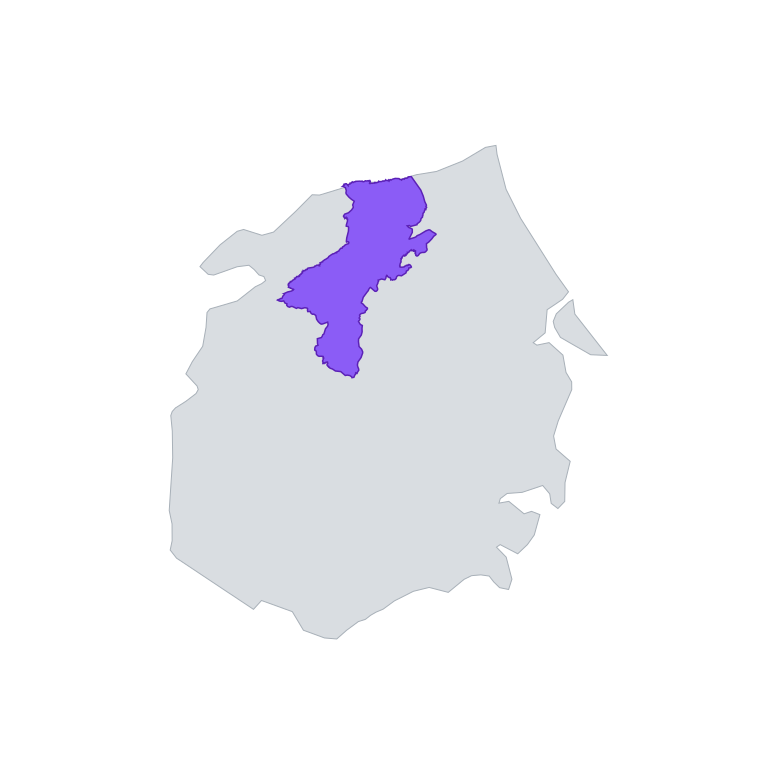 Kenema, Eastern, Sierra Leone shown in context, rotated 214°
{"feature_id": "65957751B6503620183485", "entity_name": "Kenema", "entity_type": "district", "adm_level": 2, "iso_a3": "SLE", "parent_name": "Sierra Leone", "parent_adm1": "Eastern", "projection": "natural_earth1", "projection_center": [-11.159, 7.947], "detail": "fine", "context": "in_parent", "style": "filled", "palette": "violet", "viewbox_px": 768, "rotation_deg": 214, "n_neighbors": 0, "source": "geoboundaries", "source_scale": "gbopen_adm2", "svg_char_len": 7746}
<svg xmlns="http://www.w3.org/2000/svg" viewBox="0 0 768 768"><g transform="rotate(214 384 384)"><path d="M602.2,378.4L601.9,383.6L597.7,407.8L591.1,428.5L586.8,433.6L568.4,439.0L560.5,448.2L553.8,477.6L549.4,500.7L543.1,504.6L516.0,538.0L498.2,550.6L485.9,561.5L474.1,575.7L459.4,589.5L443.6,612.7L432.2,636.9L424.6,644.4L418.7,637.6L391.7,613.7L363.3,597.7L302.7,571.1L282.6,563.6L283.3,554.1L290.3,536.8L279.0,516.5L283.4,501.7L279.0,501.7L270.3,510.6L251.8,508.0L239.6,495.4L229.6,490.7L225.2,484.3L218.9,450.8L214.3,435.7L205.0,426.3L186.4,424.0L178.8,403.5L168.5,387.7L170.2,378.0L178.6,378.5L185.2,385.6L195.7,388.6L208.9,371.4L220.7,362.1L223.5,354.0L222.1,349.5L214.9,356.5L195.3,354.7L190.5,360.9L181.7,362.9L175.0,342.9L175.3,331.0L178.2,318.0L197.9,315.8L199.5,311.6L185.9,308.8L168.8,293.7L165.8,283.3L174.3,279.8L182.4,281.3L189.4,283.6L197.0,279.9L204.2,274.1L208.4,266.8L214.2,247.2L232.8,240.6L243.7,228.6L254.1,210.0L258.8,196.9L263.1,190.3L265.8,184.7L267.8,178.5L272.4,172.7L277.3,158.9L280.6,146.2L291.3,140.2L313.1,134.8L332.7,144.0L364.5,136.0L366.2,124.2L395.3,124.0L429.8,123.8L458.6,123.6L468.4,126.8L472.0,135.6L481.5,149.5L491.3,159.0L503.6,180.1L517.8,204.5L533.2,226.6L543.1,238.6L544.2,242.8L543.5,247.6L538.6,258.8L534.5,271.0L534.9,275.5L537.8,277.8L553.9,281.6L555.4,295.2L555.4,313.9L563.2,331.4L570.7,344.3L570.3,348.9L552.1,370.8L545.1,392.6L541.5,398.8L540.0,403.6L543.7,405.9L548.6,404.5L555.7,406.3L562.4,406.9L571.3,399.1L586.1,379.1L591.1,376.6L602.2,378.4ZM276.7,555.1L274.6,559.5L264.9,548.7L214.9,532.5L229.1,523.8L263.8,521.3L274.1,526.3L278.7,530.5L280.4,538.5L276.7,555.1Z" fill="#d9dde1" stroke="#a8b0b8" stroke-width="1"/><path d="M477.4,571.2L479.8,569.2L479.6,568.5L480.1,567.4L481.7,566.3L481.8,565.1L482.6,564.9L483.2,564.2L483.5,562.9L484.2,563.1L485.1,562.5L486.4,562.7L489.7,560.7L491.6,558.4L492.2,557.0L492.9,557.1L493.4,556.7L493.3,555.1L494.4,555.6L494.4,554.8L496.2,554.0L496.8,554.2L496.8,553.1L497.6,552.0L498.4,551.9L499.1,550.6L500.9,549.2L501.8,549.2L501.6,548.2L502.8,546.6L503.8,546.2L503.9,545.5L504.5,545.6L504.5,545.1L506.1,543.7L506.9,543.3L507.7,542.3L508.0,542.2L508.0,542.8L508.7,543.3L508.5,544.1L508.7,544.4L509.6,544.8L510.4,543.6L510.9,543.7L511.7,542.7L513.2,542.0L513.4,541.1L514.2,540.2L514.7,539.9L515.7,540.0L516.2,539.2L517.4,538.7L520.9,536.1L521.0,535.5L521.8,534.9L522.3,533.7L523.3,533.9L523.7,532.7L523.5,532.3L524.5,531.4L524.0,531.0L524.1,530.7L525.2,529.2L524.7,528.4L527.1,529.0L527.8,528.6L528.3,527.3L528.8,527.4L528.7,526.1L528.3,526.2L528.8,524.7L528.2,525.1L526.6,524.9L525.8,525.2L523.4,523.2L522.4,521.1L521.5,520.4L517.6,519.3L514.3,518.9L510.9,518.9L510.1,514.9L508.9,514.0L508.2,513.1L508.2,510.1L509.2,506.1L511.6,502.8L511.5,500.5L510.9,500.1L510.5,500.2L509.9,499.7L509.4,499.8L509.0,499.3L508.6,500.2L508.6,500.9L507.6,500.3L507.4,500.7L506.9,500.0L506.3,500.2L505.2,498.1L504.1,494.6L503.5,493.7L501.9,494.5L500.9,494.0L498.9,490.7L496.6,484.3L495.0,481.2L494.6,480.8L494.2,480.8L493.9,481.6L492.9,482.0L492.4,481.8L492.0,481.1L492.0,480.4L493.3,478.8L494.1,477.2L494.4,475.3L494.9,474.8L495.0,474.1L494.7,473.1L495.8,472.3L496.0,469.7L495.8,469.1L496.9,467.3L496.6,466.4L496.9,466.1L497.4,466.2L498.5,463.8L499.1,463.5L500.0,461.6L501.1,458.7L500.9,457.7L502.2,454.5L502.6,454.0L503.6,451.1L503.3,450.9L504.8,448.7L503.9,448.2L503.8,447.5L504.5,446.9L503.5,446.0L504.0,445.7L505.4,445.5L506.2,444.9L506.9,443.2L507.3,443.0L507.1,442.5L507.9,441.2L511.8,437.6L512.1,436.8L511.7,436.1L512.2,435.4L512.7,435.3L513.0,433.7L513.3,433.7L514.0,432.6L514.4,432.7L514.2,432.1L514.6,431.8L514.4,431.4L514.6,431.3L514.4,430.9L513.8,430.6L514.3,429.6L514.1,429.5L514.1,428.8L514.5,428.4L514.4,427.9L514.8,427.6L514.9,427.0L514.4,426.2L514.7,425.5L515.1,425.6L515.1,425.2L516.0,424.4L516.3,424.5L516.5,424.0L516.4,422.8L517.0,422.2L516.6,421.5L517.0,421.4L516.7,421.1L517.2,419.8L517.7,419.1L517.9,417.7L518.9,416.6L518.5,416.3L518.8,416.1L518.7,415.5L519.3,414.1L518.9,414.0L519.0,412.7L518.8,412.4L518.2,412.5L518.0,412.3L517.3,410.7L515.7,411.3L515.2,411.0L514.4,411.4L512.9,411.5L512.3,411.9L511.8,411.9L511.8,411.1L512.7,409.3L515.3,406.5L517.3,403.3L516.9,403.5L516.7,402.4L517.0,400.1L516.5,398.3L516.6,397.8L517.7,396.9L518.0,395.7L519.1,394.6L519.3,394.0L517.1,394.3L515.3,395.1L513.6,396.8L511.2,395.7L509.3,396.2L508.7,394.9L507.2,394.4L505.8,394.7L505.2,394.9L504.5,396.3L503.1,397.1L498.9,397.7L498.1,399.2L494.5,400.4L492.3,403.0L490.2,403.9L489.5,403.8L488.6,402.2L487.7,401.4L485.7,402.9L484.7,402.1L483.6,401.8L482.4,401.8L481.2,402.7L478.9,402.7L476.1,400.0L473.4,398.9L471.3,398.5L469.6,398.5L468.5,399.4L465.3,403.8L463.7,402.2L463.1,400.4L463.4,397.1L461.8,391.9L462.3,390.6L461.9,389.0L461.9,387.5L464.6,384.3L461.7,380.3L460.4,379.2L461.8,377.3L461.7,375.7L460.7,373.8L460.4,373.4L459.8,373.3L459.3,373.6L458.1,372.9L456.8,371.0L455.0,370.4L453.4,370.6L451.3,372.1L449.9,372.8L448.9,372.1L449.1,371.5L448.4,371.5L447.8,368.7L446.8,368.0L446.3,367.1L446.0,367.8L445.7,367.8L445.3,367.3L445.1,367.4L445.1,368.4L444.3,368.7L444.3,369.6L443.1,370.6L442.0,369.4L442.3,368.9L441.9,367.9L440.3,367.3L439.9,367.6L439.1,367.0L438.6,367.3L438.2,367.0L437.3,367.0L435.1,367.6L431.6,367.6L426.8,370.1L420.9,369.4L419.5,370.8L417.1,371.9L414.9,371.9L414.1,371.3L412.7,372.7L413.2,375.2L412.9,377.1L413.7,377.2L413.7,377.6L412.3,377.8L412.6,378.9L412.6,381.3L413.4,382.3L415.5,383.7L416.7,384.9L417.9,387.6L417.8,393.1L419.0,397.7L419.6,398.7L422.0,400.3L425.6,401.1L428.9,404.9L430.3,407.2L430.2,411.9L431.3,415.0L433.4,417.9L434.7,420.4L436.2,420.2L437.7,420.4L440.2,421.7L440.0,423.8L440.4,424.6L441.5,424.8L441.7,426.7L442.8,427.4L442.7,428.7L442.0,430.0L440.8,431.1L439.7,432.7L440.3,434.1L439.8,435.2L440.0,435.6L439.7,437.0L440.3,437.7L442.4,437.6L446.4,438.6L448.1,438.5L448.6,439.3L448.4,440.2L449.7,444.3L449.4,451.4L449.2,452.7L449.6,453.6L449.5,456.1L449.2,456.5L443.4,455.8L442.4,456.4L442.0,457.4L442.0,458.6L442.7,459.6L445.0,461.3L445.5,464.4L446.0,465.0L445.9,466.0L446.4,466.6L446.9,466.8L444.7,469.7L441.6,470.9L441.6,472.6L442.4,474.5L442.5,475.6L442.0,475.7L441.6,474.9L440.3,475.2L439.1,475.1L438.4,475.6L437.7,475.3L436.6,474.1L436.1,474.8L435.0,474.9L434.7,475.6L433.4,476.5L433.0,477.4L433.2,477.8L433.0,478.6L433.5,479.9L433.3,481.3L432.5,482.3L430.0,483.5L427.9,488.4L428.6,490.2L427.8,491.4L427.7,492.9L428.3,494.0L426.9,495.4L426.7,496.3L427.4,496.8L429.0,497.3L430.2,497.0L430.2,496.4L430.6,496.2L430.4,495.9L430.8,495.3L431.9,494.9L432.0,494.0L432.8,493.1L432.8,492.3L434.5,490.8L435.8,490.1L436.5,490.0L436.8,491.0L437.3,491.1L438.0,493.2L438.1,494.8L438.8,495.3L439.5,497.2L440.0,497.3L439.9,497.9L439.5,498.3L439.6,498.9L440.0,499.1L439.7,501.6L438.6,501.5L438.0,502.4L438.5,502.9L437.8,503.2L438.3,504.2L437.7,504.6L437.5,505.2L438.2,506.2L437.7,506.3L437.1,507.0L437.2,508.5L436.9,508.7L436.5,510.4L435.8,510.0L435.5,510.6L434.6,510.6L434.3,511.9L433.2,511.7L433.2,511.0L432.5,511.5L432.5,511.9L432.2,511.9L431.8,510.6L431.2,510.4L431.1,509.5L430.1,509.3L429.5,508.4L428.2,508.5L427.5,509.7L427.4,512.2L427.0,513.1L426.0,514.3L424.2,515.6L423.5,516.7L423.2,518.9L423.7,519.9L424.9,520.8L427.3,524.1L426.3,526.6L425.5,531.2L425.4,534.2L424.5,537.0L425.0,537.5L425.6,537.5L429.3,537.2L431.9,537.4L433.0,537.0L434.9,534.4L437.9,527.9L439.5,525.5L439.7,524.1L440.4,522.8L444.1,518.2L444.4,518.4L445.3,525.5L447.0,528.0L447.6,528.3L451.1,527.6L453.2,528.1L451.6,529.6L450.1,529.5L445.7,534.5L446.1,535.4L445.2,537.9L445.0,540.0L445.8,541.9L445.4,543.8L446.1,544.8L445.9,545.2L447.1,547.4L446.8,548.7L447.6,551.1L446.8,551.9L447.2,552.6L447.7,552.6L447.4,553.1L447.5,554.4L448.5,554.6L448.8,556.0L452.2,558.0L456.5,561.7L461.9,565.3L477.4,571.2Z" fill="#8b5cf6" stroke="#5b21b6" stroke-width="1.5"/></g></svg>